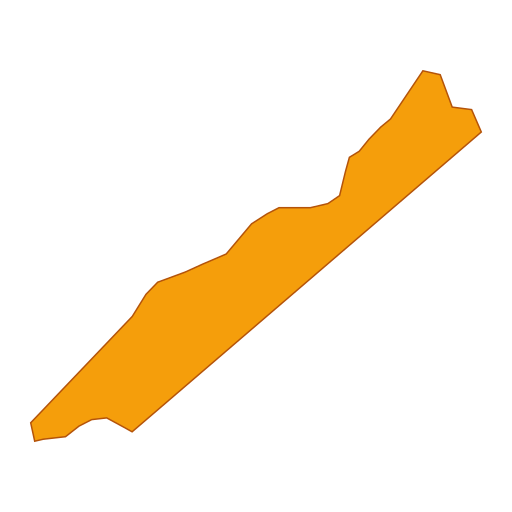 Toraille, Soufrière, Saint Lucia
{"feature_id": "8701671B26291709137074", "entity_name": "Toraille", "entity_type": "district", "adm_level": 2, "iso_a3": "LCA", "parent_name": "Saint Lucia", "parent_adm1": "Soufrière", "projection": "orthographic", "projection_center": [-61.033, 13.858], "detail": "fine", "context": "isolated", "style": "filled", "palette": "amber", "viewbox_px": 512, "rotation_deg": 0, "n_neighbors": 0, "source": "geoboundaries", "source_scale": "gbopen_adm2", "svg_char_len": 531}
<svg xmlns="http://www.w3.org/2000/svg" viewBox="0 0 512 512"><path d="M422.9,70.8L390.5,119.0L380.7,127.1L369.0,139.2L359.2,151.3L349.4,157.3L345.5,171.4L339.6,195.6L327.9,203.6L310.3,207.7L279.0,207.7L267.3,213.7L251.6,223.8L226.2,254.0L202.7,264.1L185.1,272.1L157.7,282.2L146.0,294.3L132.3,316.4L30.7,422.8L34.7,441.2L43.3,439.2L65.5,436.7L79.0,426.1L91.7,419.6L106.7,417.9L121.8,426.1L132.1,431.8L477.7,135.1L481.3,132.0L471.6,109.6L452.2,107.1L440.2,74.7L422.9,70.8Z" fill="#f59e0b" stroke="#b45309" stroke-width="1.5"/></svg>